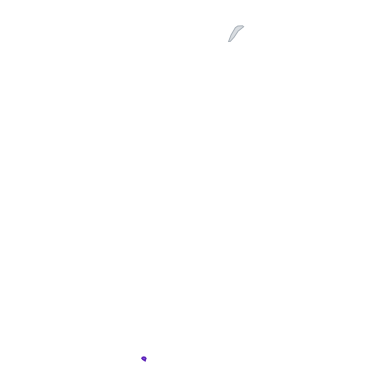 location of Saniuta, Tuvalu, rotated 220°
{"feature_id": "33948139B55314492398689", "entity_name": "Saniuta", "entity_type": "district", "adm_level": 2, "iso_a3": "TUV", "parent_name": "Tuvalu", "parent_adm1": "", "projection": "robinson", "projection_center": [178.686, -7.494], "detail": "fine", "context": "in_parent", "style": "filled", "palette": "violet", "viewbox_px": 384, "rotation_deg": 220, "n_neighbors": 0, "source": "geoboundaries", "source_scale": "gbopen_adm2", "svg_char_len": 925}
<svg xmlns="http://www.w3.org/2000/svg" viewBox="0 0 384 384"><g transform="rotate(220 192 192)"><path d="M263.6,348.6L260.1,351.8L258.7,351.8L260.1,344.9L259.3,337.7L259.5,332.0L260.7,330.8L263.0,337.5L264.4,345.7L263.6,348.6Z" fill="#d9dde1" stroke="#a8b0b8" stroke-width="1"/><path d="M119.6,32.6L119.7,32.8L119.7,33.2L119.8,33.3L119.9,33.6L120.0,33.8L120.2,34.0L120.3,34.2L120.3,34.3L120.3,34.5L120.3,34.8L120.5,34.9L120.8,34.9L121.0,35.0L121.3,35.0L121.5,35.0L121.8,35.1L122.0,35.0L122.2,34.9L122.3,34.8L122.5,34.6L122.8,34.5L122.8,34.4L123.0,34.2L123.2,33.9L123.3,33.8L123.3,33.7L123.6,33.3L123.5,33.2L123.4,33.2L123.2,33.1L123.2,32.9L123.3,32.6L123.3,32.4L123.1,32.4L122.9,32.4L122.7,32.3L122.5,32.2L122.3,32.2L122.1,32.2L121.9,32.2L121.7,32.3L121.4,32.4L121.2,32.5L120.9,32.5L120.7,32.5L120.6,32.4L120.4,32.3L120.2,32.4L120.0,32.5L119.8,32.6L119.6,32.6Z" fill="#8b5cf6" stroke="#5b21b6" stroke-width="1.5"/></g></svg>